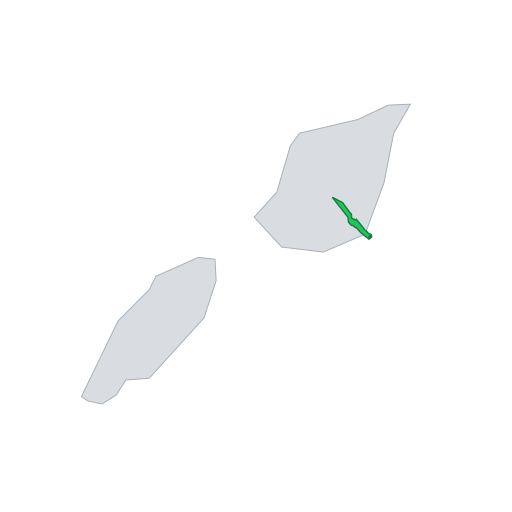 Gagaemauga II, Gaga'emauga, Samoa shown in context, rotated 116°
{"feature_id": "51752279B40413162878901", "entity_name": "Gagaemauga II", "entity_type": "district", "adm_level": 2, "iso_a3": "WSM", "parent_name": "Samoa", "parent_adm1": "Gaga'emauga", "projection": "mercator", "projection_center": [-172.342, -13.526], "detail": "fine", "context": "in_parent", "style": "filled", "palette": "green", "viewbox_px": 512, "rotation_deg": 116, "n_neighbors": 0, "source": "geoboundaries", "source_scale": "gbopen_adm2", "svg_char_len": 1970}
<svg xmlns="http://www.w3.org/2000/svg" viewBox="0 0 512 512"><g transform="rotate(116 256 256)"><path d="M188.6,167.5L223.0,197.3L236.7,236.8L221.9,274.7L189.4,265.3L142.2,273.4L126.5,270.7L88.7,224.3L62.5,203.4L51.9,183.8L85.4,186.0L134.1,173.1L188.6,167.5ZM458.7,351.3L374.5,351.5L332.9,337.2L318.1,337.1L282.4,307.1L276.9,291.4L295.7,281.0L334.6,275.6L412.7,298.4L424.5,318.6L442.4,320.7L456.4,329.5L460.1,343.7L458.7,351.3Z" fill="#d9dde1" stroke="#a8b0b8" stroke-width="1"/><path d="M191.3,162.0L191.2,162.0L190.9,161.7L190.5,161.4L190.2,161.2L189.9,161.1L189.5,160.9L189.3,160.8L189.2,160.8L189.0,160.7L188.7,160.6L188.3,160.5L188.0,160.5L187.9,160.5L187.8,160.8L187.7,161.0L187.9,161.1L187.9,160.9L188.0,160.8L188.0,160.7L188.4,160.7L188.6,160.8L188.8,160.8L189.2,160.9L189.3,161.0L189.7,161.2L189.8,161.3L189.9,161.5L190.0,161.5L190.3,161.5L190.5,161.8L190.8,161.8L190.9,162.0L190.7,162.1L190.6,162.3L190.3,162.4L190.3,162.5L190.2,162.5L189.9,162.8L189.6,162.9L189.7,162.6L189.4,162.4L189.3,162.5L189.1,162.4L188.9,162.2L188.7,162.2L188.4,162.2L188.2,162.2L187.9,162.2L187.6,162.0L187.4,162.0L187.2,161.9L187.1,161.7L186.9,161.6L186.7,161.5L186.2,162.2L186.2,162.6L186.2,163.4L186.3,165.5L185.3,167.4L185.3,167.5L185.1,168.0L185.1,168.3L185.0,168.9L185.0,169.2L185.0,169.5L184.8,169.9L184.6,170.2L184.3,170.7L184.1,171.3L183.5,172.2L179.1,181.7L179.5,181.7L179.7,181.8L179.9,182.2L180.1,182.4L180.2,182.5L180.2,183.1L180.1,183.5L179.8,184.0L179.9,184.4L180.0,184.5L180.1,184.8L180.1,185.3L180.0,185.7L180.0,186.0L180.2,186.4L180.2,186.6L177.1,188.3L176.8,188.5L176.7,188.8L176.4,189.1L176.5,189.3L170.1,201.6L169.8,213.1L180.8,190.3L185.0,187.7L186.6,183.9L186.6,183.4L186.5,183.2L186.4,182.9L186.3,182.6L186.2,182.2L186.1,181.7L186.1,181.2L186.2,180.9L186.5,180.7L186.7,180.4L186.8,180.2L186.7,179.8L186.8,179.6L186.9,179.0L186.8,178.8L186.7,178.7L186.4,178.4L189.0,172.2L190.4,166.1L191.3,162.0Z" fill="#22c55e" stroke="#15803d" stroke-width="1.5"/></g></svg>